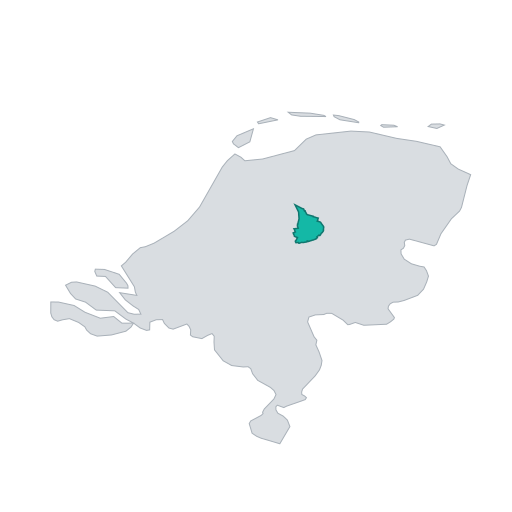 Dronten, Flevoland, Netherlands (highlighted), rotated 15°
{"feature_id": "6326949B76568763288837", "entity_name": "Dronten", "entity_type": "district", "adm_level": 2, "iso_a3": "NLD", "parent_name": "Netherlands", "parent_adm1": "Flevoland", "projection": "equal_earth", "projection_center": [5.68, 52.514], "detail": "fine", "context": "in_parent", "style": "filled", "palette": "teal", "viewbox_px": 512, "rotation_deg": 15, "n_neighbors": 0, "source": "geoboundaries", "source_scale": "gbopen_adm2", "svg_char_len": 5611}
<svg xmlns="http://www.w3.org/2000/svg" viewBox="0 0 512 512"><g transform="rotate(15 256 256)"><path d="M327.6,431.2L317.6,430.9L308.3,430.7L303.4,430.0L298.1,428.2L295.7,424.3L292.8,419.6L293.6,416.7L302.3,408.6L303.6,406.4L302.8,405.2L303.6,401.6L310.3,389.5L311.2,384.7L308.2,381.3L303.9,379.2L289.9,375.7L283.2,370.6L280.1,366.2L277.0,365.0L272.4,366.5L260.8,368.1L251.4,365.7L240.2,357.4L237.7,350.0L236.4,344.3L233.6,342.3L229.8,345.2L225.1,349.8L215.7,350.4L213.1,349.3L212.6,346.8L212.1,344.3L209.6,341.3L206.8,339.6L194.9,348.1L190.5,348.1L184.9,344.8L182.2,341.6L176.1,343.4L170.6,347.4L172.4,354.9L169.5,356.2L162.7,355.5L155.1,352.5L146.6,350.6L133.8,345.5L115.7,349.6L103.3,344.7L92.9,344.2L86.5,340.2L79.6,333.5L84.6,329.1L89.4,327.5L108.4,326.7L122.2,329.4L146.9,343.9L153.2,343.8L159.9,342.0L156.5,338.0L150.3,336.1L141.1,332.2L133.8,326.7L151.1,324.9L148.8,322.1L146.5,317.2L128.5,300.4L131.7,295.8L136.3,286.0L142.1,277.9L146.7,275.7L154.2,270.0L170.6,253.2L181.0,239.5L188.8,223.3L200.4,178.8L203.7,171.3L209.2,162.9L215.9,164.5L220.6,166.9L237.3,160.6L265.9,144.2L274.3,130.1L282.6,123.5L315.3,110.8L333.4,106.9L361.3,106.0L381.4,103.7L405.6,102.9L414.9,110.7L420.3,116.5L428.9,119.7L442.3,121.9L441.6,133.3L441.9,155.9L441.0,159.9L435.1,169.5L428.9,186.6L427.3,198.0L425.4,200.1L399.8,200.0L396.2,202.0L395.7,204.5L397.0,207.4L396.4,210.3L394.4,212.6L395.6,216.4L400.0,220.7L408.1,223.3L416.8,223.5L421.2,223.1L424.5,226.1L427.8,230.8L427.6,236.8L426.4,244.7L422.4,252.1L410.6,260.6L405.3,263.6L400.4,265.1L398.0,267.4L396.9,270.2L397.2,272.8L405.6,279.6L405.5,281.2L403.0,284.7L399.8,288.1L378.1,295.0L369.1,294.5L364.0,298.0L362.4,298.6L356.7,295.4L344.0,291.8L339.2,293.0L336.6,295.0L328.6,297.5L322.9,301.3L322.9,306.3L333.0,319.0L336.6,321.6L336.8,326.3L341.7,332.3L346.8,339.9L347.3,344.6L346.8,349.5L344.2,356.4L335.4,372.5L335.3,375.6L336.1,377.9L339.1,378.6L341.4,379.8L340.7,382.0L324.3,393.2L322.1,395.2L315.2,394.6L314.2,396.5L315.1,399.5L317.8,402.2L323.7,403.6L328.8,406.4L332.9,412.0L327.6,431.2ZM155.1,352.5L153.6,357.1L149.8,362.3L136.8,369.7L123.3,374.5L116.3,373.9L111.6,371.4L109.0,368.7L101.9,366.1L92.0,364.8L85.8,367.6L81.3,370.3L77.5,369.8L74.6,367.6L72.5,364.2L69.7,353.5L77.1,351.6L93.1,350.9L105.4,354.6L121.7,356.4L134.2,351.3L143.9,355.6L155.1,352.5ZM128.6,309.1L138.0,315.8L140.0,317.9L140.7,320.2L128.6,322.9L115.9,314.7L107.4,316.6L104.3,312.7L104.2,310.3L113.1,308.2L128.6,309.1ZM220.5,147.3L211.0,155.9L205.2,153.5L203.5,151.5L206.5,144.8L220.6,133.8L220.5,147.3ZM262.9,109.5L253.9,110.5L249.9,108.8L271.4,104.0L285.1,102.6L287.5,103.2L262.9,109.5ZM320.7,100.7L301.8,102.7L295.4,101.2L294.3,99.8L299.5,99.0L315.6,98.8L320.6,100.0L320.7,100.7ZM242.0,118.8L224.3,127.6L222.7,126.2L234.2,118.6L242.0,118.8ZM397.7,86.0L388.8,86.4L391.3,83.2L399.5,80.8L404.0,80.8L397.7,86.0ZM359.3,94.5L345.9,98.6L342.7,97.7L343.5,96.6L355.3,94.0L359.3,94.5Z" fill="#d9dde1" stroke="#a8b0b8" stroke-width="1"/><path d="M291.1,232.8L291.4,232.7L292.6,232.3L293.4,232.0L293.8,232.4L294.1,232.6L294.4,232.5L294.8,232.2L295.3,231.9L295.7,231.6L296.6,231.0L297.3,230.9L297.6,230.9L298.2,230.7L298.6,230.6L298.8,230.5L299.4,230.1L300.2,229.8L300.6,229.7L300.9,229.5L301.4,229.2L301.5,229.0L302.0,228.8L301.6,228.3L302.0,228.1L302.4,228.6L302.5,228.6L302.8,228.4L303.0,228.3L303.2,228.1L303.9,227.8L304.1,227.6L304.3,227.4L304.7,227.2L304.9,227.1L305.4,226.8L305.8,226.5L306.1,226.3L306.4,226.1L306.8,225.9L307.2,225.7L307.4,225.6L307.6,225.4L307.9,225.1L308.4,224.8L308.6,224.7L308.8,224.5L309.0,224.4L309.4,224.1L309.5,224.0L309.3,223.9L310.2,222.8L310.6,222.4L309.9,221.7L310.1,221.5L310.3,221.1L310.8,220.5L311.2,219.8L311.4,219.5L312.3,219.8L312.4,219.7L312.5,219.4L312.8,218.9L312.8,218.7L313.0,218.1L313.1,217.4L313.3,216.9L313.9,216.3L313.9,216.2L314.1,215.7L314.2,215.4L314.5,214.7L314.5,214.4L314.6,214.0L314.6,213.9L314.4,213.7L314.4,213.3L314.2,212.9L314.3,212.5L314.1,212.0L314.1,211.8L313.9,211.1L314.0,210.9L313.9,210.8L313.9,210.7L313.7,210.1L312.9,209.4L311.1,208.0L309.9,206.9L309.7,206.8L309.6,206.7L309.4,206.7L309.2,206.6L308.9,206.5L308.7,206.5L306.2,206.5L306.3,206.2L306.2,206.2L306.3,203.3L305.2,203.3L303.8,203.3L303.3,203.2L302.7,203.2L301.0,203.2L301.0,202.8L298.9,202.8L298.3,202.8L297.7,202.8L297.3,202.8L297.2,202.8L296.7,202.8L295.3,202.8L295.2,202.8L294.9,202.8L294.8,202.7L294.7,202.7L294.4,202.6L294.2,202.5L294.1,202.4L293.9,202.3L293.9,202.2L293.2,201.4L292.8,201.0L292.5,200.7L292.2,200.3L291.9,199.9L291.8,199.7L291.2,200.0L289.8,198.2L288.3,198.2L280.5,196.5L285.7,202.4L286.1,203.5L286.5,204.6L286.5,204.8L286.7,205.4L286.9,205.8L287.0,206.1L287.4,207.3L287.7,208.2L287.9,208.6L288.0,210.4L288.0,212.4L288.1,213.5L288.2,214.6L287.9,214.6L288.2,216.3L288.9,217.2L289.6,218.2L289.4,218.3L289.0,218.4L288.7,218.6L288.3,218.8L287.2,219.3L286.8,219.4L286.4,219.6L286.1,219.8L285.7,219.9L286.0,220.2L286.2,220.5L286.4,220.8L286.5,220.9L286.7,221.1L287.0,221.6L287.1,221.8L287.3,222.0L287.5,222.3L287.7,222.5L287.8,222.6L287.7,222.7L287.5,222.8L287.4,222.8L287.3,223.0L287.2,223.0L286.8,223.5L286.7,223.5L286.5,223.8L286.4,223.8L286.1,223.9L285.9,224.1L286.3,224.6L286.4,224.8L286.5,224.9L286.5,225.0L287.1,225.6L287.8,226.5L288.0,226.8L288.0,227.0L288.4,227.1L289.0,227.2L289.8,227.3L290.6,227.4L290.8,227.4L291.0,227.4L291.3,227.4L291.3,227.5L291.1,228.3L291.0,228.7L291.0,229.0L290.9,229.2L290.8,229.8L290.8,230.0L290.7,230.2L290.7,230.3L290.7,230.5L290.5,230.8L290.4,231.2L290.3,231.4L290.2,231.4L290.2,231.5L290.3,231.7L290.3,231.8L290.4,232.0L290.5,232.0L290.8,232.4L291.1,232.8Z" fill="#14b8a6" stroke="#0f766e" stroke-width="1.5"/></g></svg>